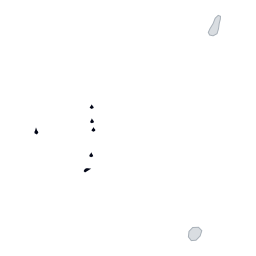 location of Alifu Dhaalu within Maldives
{"feature_id": "MDV-5232", "entity_name": "Alifu Dhaalu", "entity_type": "Atoll", "adm_level": 1, "iso_a3": "MDV", "parent_name": "Maldives", "parent_adm1": "", "projection": "orthographic", "projection_center": [72.869, 3.67], "detail": "coarse", "context": "in_parent", "style": "outline", "palette": "ink", "viewbox_px": 256, "rotation_deg": 0, "n_neighbors": 0, "source": "natural_earth", "source_scale": "10m", "svg_char_len": 985}
<svg xmlns="http://www.w3.org/2000/svg" viewBox="0 0 256 256"><path d="M217.0,33.7L213.1,35.8L209.6,35.0L208.3,32.4L210.1,28.5L213.1,23.6L215.2,18.2L218.2,15.4L220.5,16.3L220.3,19.3L219.2,23.5L218.5,28.8L217.0,33.7ZM196.0,240.2L191.3,240.6L188.4,236.9L189.0,231.4L192.7,227.5L198.5,227.3L201.8,230.7L200.1,236.0L196.0,240.2Z" fill="#d9dde1" stroke="#a8b0b8" stroke-width="1"/><path d="M88.2,169.3L84.5,171.6L85.4,170.0L86.3,169.3L87.3,169.2L88.2,169.3ZM36.1,130.6L36.4,131.4L37.0,131.9L37.2,132.4L36.6,133.2L35.5,132.6L35.5,131.9L35.9,131.3L36.1,130.6ZM93.5,129.1L93.8,129.6L94.2,129.9L94.2,130.2L93.4,130.6L92.7,130.2L92.8,129.9L93.2,129.6L93.5,129.1ZM91.2,154.5L91.4,155.0L91.9,155.3L92.0,155.7L91.1,156.1L90.4,155.7L90.5,155.3L90.9,155.0L91.2,154.5ZM91.7,106.3L92.0,106.8L92.4,107.1L92.5,107.4L91.6,107.8L91.0,107.4L91.7,106.3ZM92.0,120.6L92.3,121.1L92.7,121.4L92.8,121.7L91.9,122.1L91.3,121.8L91.4,121.4L91.8,121.1L92.0,120.6Z" fill="none" stroke="#020617" stroke-width="2"/></svg>